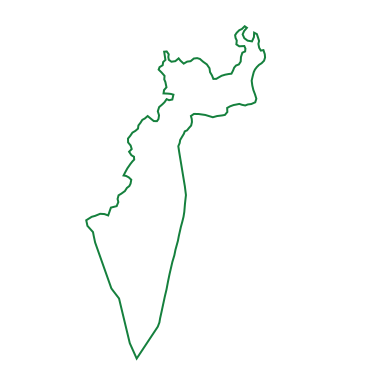 Pindaré-Mirim, Maranhão, Brazil (Natural Earth projection), rotated 343°
{"feature_id": "56859067B48073775687660", "entity_name": "Pindaré-Mirim", "entity_type": "district", "adm_level": 2, "iso_a3": "BRA", "parent_name": "Brazil", "parent_adm1": "Maranhão", "projection": "natural_earth1", "projection_center": [-45.393, -3.706], "detail": "fine", "context": "isolated", "style": "outline", "palette": "green", "viewbox_px": 384, "rotation_deg": 343, "n_neighbors": 0, "source": "geoboundaries", "source_scale": "gbopen_adm2", "svg_char_len": 2556}
<svg xmlns="http://www.w3.org/2000/svg" viewBox="0 0 384 384"><g transform="rotate(343 192 192)"><path d="M115.8,183.5L109.9,183.2L105.0,189.9L101.8,187.5L97.8,186.0L92.3,186.5L88.8,186.4L82.6,188.1L82.1,193.8L85.6,201.4L85.2,205.0L84.6,211.9L86.7,260.6L87.8,263.7L91.1,272.5L90.8,277.2L88.3,318.4L90.4,335.1L119.9,310.8L122.7,307.2L124.5,303.6L128.0,297.4L135.4,284.1L139.1,277.8L143.0,270.4L146.5,264.0L152.8,253.1L156.6,247.4L159.3,242.4L164.3,234.5L166.5,230.3L171.3,221.9L173.9,217.8L176.6,213.3L178.8,208.8L181.8,201.3L183.3,197.8L185.3,193.2L186.8,184.6L191.4,150.3L192.3,144.2L194.5,141.6L195.9,138.8L198.4,136.5L201.2,134.0L202.8,131.9L205.3,131.6L207.8,129.9L210.6,128.2L212.4,125.1L213.1,122.2L213.2,119.0L216.7,117.9L221.2,119.4L227.2,122.2L233.8,126.6L238.2,126.7L243.3,127.6L246.0,127.9L249.2,125.8L250.2,121.9L253.5,121.2L257.2,121.0L259.8,121.3L263.0,121.6L265.4,123.3L268.2,124.8L271.0,124.6L274.4,125.2L278.7,124.7L280.8,121.6L280.8,117.0L280.5,112.4L280.8,107.8L281.6,103.0L283.7,99.3L286.1,95.4L288.0,93.3L290.5,91.5L293.3,90.0L296.2,89.2L299.3,87.5L301.2,84.7L301.9,81.5L301.8,77.2L299.2,76.9L298.4,73.7L298.8,69.7L300.3,67.2L300.3,63.7L300.2,60.0L298.0,57.8L296.5,62.0L293.4,65.5L289.4,63.5L287.0,60.2L286.5,56.1L288.9,53.3L292.5,51.0L290.8,48.9L287.4,50.7L284.5,51.1L281.3,52.8L279.1,54.6L278.7,57.4L279.1,60.2L277.6,63.8L279.8,66.5L282.3,67.1L284.7,67.7L285.0,70.5L283.9,73.1L280.9,73.5L278.3,77.2L276.7,81.5L274.1,83.7L271.1,83.9L268.7,85.4L266.8,87.8L264.3,90.4L261.6,89.9L257.9,89.5L254.3,89.5L250.7,90.3L248.3,90.9L245.5,90.1L245.2,86.4L244.3,82.7L244.9,78.8L243.5,74.3L240.6,70.5L238.5,67.1L236.1,65.5L232.8,64.9L228.9,66.5L225.5,65.9L221.6,66.8L219.4,63.1L218.3,60.3L214.3,62.0L210.4,61.4L208.5,58.8L208.8,56.0L210.0,53.5L208.9,50.2L206.4,49.7L205.8,53.8L205.2,57.9L202.4,59.3L201.0,62.2L197.5,63.1L195.9,65.2L197.8,68.7L199.7,72.9L198.4,76.2L198.7,79.1L198.2,84.4L195.1,86.3L193.6,89.4L197.8,90.9L200.4,92.0L202.7,93.5L200.2,97.8L196.9,97.5L194.9,95.8L192.0,98.1L189.3,99.5L185.4,101.2L182.9,104.8L182.9,109.0L181.3,112.4L179.2,114.0L176.2,113.0L173.9,109.6L171.8,106.4L168.4,107.9L165.6,108.5L162.9,110.8L160.2,112.7L158.9,115.6L155.7,117.0L152.4,117.8L149.4,120.2L146.4,122.2L145.4,125.9L146.9,129.6L146.9,133.3L143.6,135.1L144.8,139.1L146.8,141.3L146.2,144.1L144.0,145.3L141.4,147.1L137.1,150.5L133.8,153.7L131.4,156.2L133.7,157.4L135.8,159.5L137.5,162.5L135.7,166.0L133.8,168.0L130.9,169.1L128.1,171.5L124.0,172.9L120.8,173.7L118.8,176.9L118.6,180.1L115.8,183.5Z" fill="none" stroke="#15803d" stroke-width="2"/></g></svg>